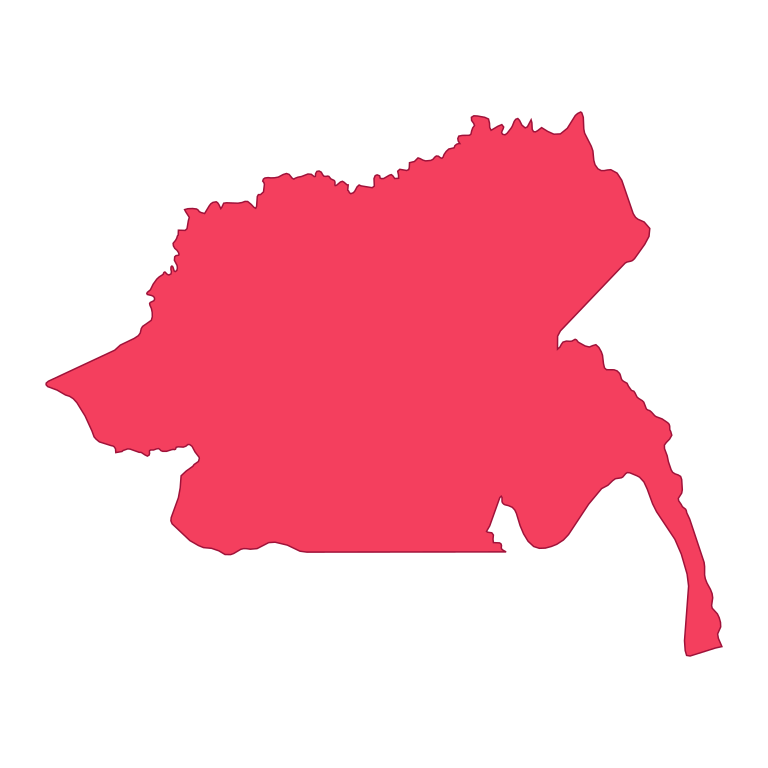 the border of Guainía
{"feature_id": "COL-1424", "entity_name": "Guainía", "entity_type": "Commissiary", "adm_level": 1, "iso_a3": "COL", "parent_name": "Colombia", "parent_adm1": "", "projection": "robinson", "projection_center": [-68.772, 2.606], "detail": "fine", "context": "isolated", "style": "filled", "palette": "rose", "viewbox_px": 768, "rotation_deg": 0, "n_neighbors": 0, "source": "natural_earth", "source_scale": "10m", "svg_char_len": 6118}
<svg xmlns="http://www.w3.org/2000/svg" viewBox="0 0 768 768"><path d="M690.1,656.0L686.6,655.4L685.2,650.6L684.5,640.7L688.6,586.1L687.1,574.1L681.3,554.1L674.9,539.3L656.6,511.8L652.6,503.8L647.2,489.0L643.9,481.9L639.6,477.2L637.0,475.8L629.8,472.8L627.2,472.6L625.7,473.6L622.8,477.0L621.3,477.8L615.4,478.7L612.6,480.7L608.0,485.2L601.6,488.6L588.7,504.1L568.5,534.6L563.4,540.0L556.8,544.3L551.3,546.5L545.3,548.1L539.3,548.3L533.7,546.5L528.1,541.3L523.6,533.9L520.1,525.6L516.4,513.4L514.8,510.0L512.3,507.3L508.4,505.6L505.0,504.8L503.7,504.1L502.4,502.7L502.0,501.3L502.0,497.5L501.2,496.2L499.8,497.6L489.7,525.9L486.5,531.4L487.6,532.2L491.8,532.8L493.4,535.0L493.0,539.2L493.4,542.6L499.6,542.9L501.0,543.9L501.5,545.5L501.3,547.9L501.8,549.2L503.2,550.3L506.1,551.9L306.8,552.1L300.0,551.2L287.3,545.1L275.1,542.2L268.7,542.6L257.1,548.6L250.3,549.2L246.7,548.7L243.7,548.6L240.8,549.3L233.7,553.5L230.6,554.6L225.0,554.5L218.8,550.8L211.5,548.3L203.5,547.6L198.4,545.5L189.9,540.6L172.1,523.8L170.9,520.8L171.2,517.6L178.4,497.7L180.2,487.9L181.1,475.8L186.1,471.1L192.8,466.3L194.1,464.5L198.4,461.5L199.3,458.6L199.2,457.4L195.0,451.9L192.1,446.4L189.8,444.6L187.9,444.5L185.9,446.2L183.3,447.1L178.2,446.8L176.2,447.3L175.5,449.2L174.5,449.6L173.2,449.4L171.6,449.7L166.6,451.3L162.6,451.3L160.9,450.6L159.8,449.4L158.6,448.6L156.5,448.9L153.5,450.0L150.7,450.0L149.6,450.6L149.4,451.7L149.6,453.4L149.1,455.1L147.4,456.1L145.1,455.0L141.2,452.4L139.1,452.3L130.1,449.1L127.7,448.9L123.1,450.5L122.0,451.5L115.8,452.6L115.5,448.8L114.1,446.7L112.5,445.8L111.4,445.7L99.4,441.9L96.3,439.4L94.1,436.9L92.0,431.1L85.1,416.0L76.9,402.7L73.3,398.7L69.6,396.3L65.5,395.0L57.1,390.1L47.7,386.6L46.1,384.8L46.2,383.1L48.4,381.2L114.7,350.2L120.3,345.1L134.2,338.4L138.3,335.7L140.2,333.1L141.3,328.5L142.6,326.4L151.3,320.3L152.3,316.8L152.2,312.4L151.4,308.5L150.0,305.4L149.6,303.6L150.2,302.5L153.9,300.7L154.6,299.1L154.3,297.4L152.8,296.0L151.2,295.4L147.3,294.5L146.8,293.4L147.4,292.3L150.4,289.8L153.2,284.1L156.8,279.1L159.2,276.9L163.1,274.4L163.7,272.8L164.4,272.1L165.1,272.1L167.3,274.4L168.9,275.0L171.0,273.9L171.4,271.8L170.9,269.4L171.0,267.0L171.7,266.1L172.5,266.3L173.1,267.5L174.2,271.0L175.2,271.6L176.8,270.5L177.4,268.2L177.1,265.5L174.4,260.3L174.7,256.8L176.0,255.6L178.7,255.2L179.0,254.2L178.5,252.6L177.0,250.3L174.8,248.4L173.4,245.9L173.1,243.3L175.5,240.4L176.7,238.3L177.4,236.0L178.2,235.0L178.4,230.2L185.2,230.4L187.0,228.7L188.4,220.4L189.3,217.4L185.6,211.6L184.6,209.6L187.9,208.7L192.5,208.5L196.6,209.0L198.4,210.3L199.1,211.5L200.9,212.5L204.6,213.5L209.2,205.9L210.8,203.8L212.9,202.4L216.2,201.8L217.6,202.7L218.9,204.6L220.8,208.6L222.0,206.9L223.7,203.2L226.4,202.8L238.0,203.2L242.1,202.5L245.0,201.4L247.7,201.5L251.2,204.4L253.9,207.3L255.7,208.3L256.6,206.4L257.3,196.5L258.4,194.6L260.5,194.6L263.5,191.9L264.4,184.4L263.9,182.6L262.7,181.1L263.4,179.1L264.9,178.0L268.1,177.6L270.7,177.9L274.4,177.8L278.3,177.1L283.2,174.5L286.5,173.5L289.1,174.4L292.3,178.3L293.8,179.1L295.2,178.2L297.9,177.2L301.5,176.5L307.9,174.0L311.3,174.3L314.2,176.6L315.4,176.4L315.6,173.6L316.9,171.4L319.1,171.0L321.3,172.2L322.6,174.6L323.9,176.2L325.8,176.4L327.7,176.1L328.9,176.4L330.9,178.9L333.9,180.3L334.7,181.1L335.0,182.5L334.9,184.9L335.2,185.6L336.5,185.3L340.4,182.0L342.4,181.3L344.0,182.2L347.0,184.8L348.2,184.9L347.7,190.2L348.6,191.0L349.4,192.7L350.8,193.7L353.4,192.7L354.8,191.1L357.1,186.8L359.1,185.0L361.2,185.9L372.2,187.7L374.3,186.1L374.0,178.6L375.1,175.8L376.3,175.1L377.3,174.9L379.6,175.8L379.8,176.3L380.0,177.9L381.4,178.6L383.7,178.5L389.4,175.2L391.3,174.6L392.8,175.8L394.7,178.5L398.6,178.3L398.5,175.0L397.7,171.2L399.8,169.3L406.6,170.5L408.7,169.6L409.3,167.5L409.5,162.7L414.4,161.5L418.0,157.9L420.1,158.6L422.9,160.1L425.6,160.9L430.9,160.4L433.1,159.2L434.7,157.2L436.3,156.0L438.4,156.2L440.2,157.6L441.9,158.3L443.0,157.3L444.1,154.4L446.2,151.4L448.8,149.0L454.1,147.8L454.9,145.7L456.7,144.2L458.5,143.6L459.9,143.6L458.2,141.0L457.8,138.5L458.8,136.1L462.3,135.4L469.5,135.3L471.0,134.0L471.6,131.0L472.7,127.9L474.5,125.5L473.7,123.4L471.6,120.5L471.4,117.3L473.8,115.8L477.5,116.0L484.7,117.3L488.5,119.0L489.5,123.1L489.7,127.5L491.1,130.3L497.8,126.3L501.8,124.6L503.7,127.0L503.1,128.9L502.1,130.9L501.6,132.7L502.6,134.3L505.0,134.8L507.1,133.3L511.0,128.3L512.3,126.2L514.2,121.4L515.7,119.3L517.8,118.5L519.5,120.3L521.9,125.1L525.2,127.9L527.4,126.8L531.1,119.8L531.9,122.7L532.2,129.3L533.5,131.6L535.4,131.9L537.6,130.7L541.6,127.6L547.7,131.4L553.9,134.2L560.4,133.9L567.3,128.3L575.3,115.5L577.6,113.5L580.7,112.0L581.8,112.8L583.3,117.3L583.8,129.0L584.6,133.1L591.3,146.3L592.9,150.9L593.8,160.3L595.0,164.7L597.9,168.8L601.2,170.6L604.2,170.6L607.4,170.0L610.8,169.7L617.1,173.1L621.8,180.3L633.2,213.6L635.5,217.3L637.9,219.2L644.2,222.0L649.8,228.5L649.0,236.4L644.7,244.4L634.5,258.7L632.5,260.5L630.8,261.2L627.1,262.0L625.1,263.1L560.4,330.9L557.6,336.2L557.5,349.2L560.0,347.0L561.3,344.4L563.0,342.1L566.3,341.1L570.0,341.3L571.9,341.1L575.1,339.3L576.5,339.9L578.3,342.2L585.2,346.0L589.4,347.0L592.7,345.6L595.9,344.7L598.9,347.5L601.3,351.8L602.5,355.2L603.5,363.7L604.5,367.9L606.5,369.7L614.0,369.8L617.1,370.9L619.6,373.4L620.3,375.0L621.3,378.6L622.0,380.0L623.5,381.3L627.1,383.3L628.4,386.1L631.0,389.8L631.7,390.5L633.8,391.2L635.0,392.9L637.0,397.0L638.6,398.4L642.3,400.7L643.8,402.2L646.4,409.0L647.8,410.0L649.7,410.6L651.5,412.1L654.7,415.7L656.2,416.7L662.1,418.9L667.8,422.8L669.1,424.2L669.7,426.1L669.8,429.7L670.7,431.4L671.8,435.2L669.6,439.1L666.3,442.5L664.4,445.1L664.5,448.6L667.2,455.8L668.4,461.7L671.1,469.7L672.6,472.3L675.1,473.9L678.1,474.9L680.6,476.4L681.7,479.5L682.3,489.8L681.7,493.1L678.3,498.4L678.7,500.8L681.1,504.3L682.4,506.7L685.6,509.2L686.3,510.6L686.7,512.7L689.7,519.1L704.1,562.4L704.6,566.5L704.6,575.0L705.3,578.7L706.9,582.9L710.5,589.5L712.1,593.6L712.7,597.8L711.6,605.6L712.2,608.2L717.4,613.9L719.2,617.7L720.5,622.4L720.7,626.9L717.6,634.0L718.4,638.4L721.9,646.6L715.5,648.0L690.1,656.0Z" fill="#f43f5e" stroke="#9f1239" stroke-width="1.5"/></svg>